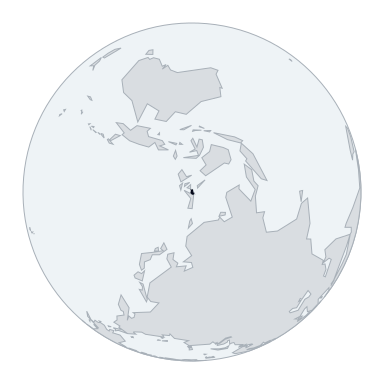 Mindoro Oriental on an orthographic globe, rotated 185°
{"feature_id": "PHL-2571", "entity_name": "Mindoro Oriental", "entity_type": "Province", "adm_level": 1, "iso_a3": "PHL", "parent_name": "Philippines", "parent_adm1": "", "projection": "orthographic", "projection_center": [121.298, 12.875], "detail": "fine", "context": "on_globe", "style": "filled", "palette": "ink", "viewbox_px": 384, "rotation_deg": 185, "n_neighbors": 0, "source": "natural_earth", "source_scale": "10m", "svg_char_len": 9651}
<svg xmlns="http://www.w3.org/2000/svg" viewBox="0 0 384 384"><g transform="rotate(185 192 192)"><circle cx="192" cy="192" r="169" fill="#eef3f6" stroke="#a8b0b8"/><path d="M330.7,256.4L330.5,257.5L330.4,257.7L330.7,256.4ZM285.7,51.4L278.3,47.1L274.2,47.6L278.5,51.6L273.1,48.2L285.1,59.0L286.5,64.1L281.5,56.1L278.3,53.8L277.5,55.8L274.1,53.9L271.7,53.9L267.7,51.6L265.0,47.7L262.4,46.3L262.0,47.9L257.7,47.1L258.7,44.8L251.2,43.2L245.5,37.6L251.5,35.5L244.8,32.3L242.8,30.8L254.0,34.8L264.9,39.6L275.5,45.1L285.7,51.4ZM350.6,142.9L349.3,139.3L350.4,140.8L350.6,142.9ZM348.2,137.8L348.8,138.9L348.3,138.1L348.2,137.8ZM347.8,137.6L348.1,137.7L347.9,138.0L347.8,137.6ZM347.3,137.9L347.5,137.6L347.5,137.8L347.3,137.9ZM346.0,137.1L345.7,136.8L345.7,136.2L346.0,137.1ZM290.6,54.8L290.3,54.6L288.1,53.1L286.7,52.1L289.9,54.3L290.6,54.8ZM282.4,55.2L282.4,54.2L283.6,56.0L282.4,55.2ZM272.1,54.4L273.2,55.4L271.5,55.1L272.1,54.4ZM263.8,51.4L260.7,50.7L263.4,50.6L263.8,51.4ZM258.6,49.9L251.3,49.0L253.1,51.0L243.8,45.3L253.1,47.7L256.1,47.1L256.2,48.5L258.6,49.9ZM242.2,30.7L242.4,30.7L241.4,30.5L237.8,29.4L238.6,29.9L232.4,28.3L230.6,27.6L232.4,28.0L228.7,27.1L229.6,27.3L242.2,30.7ZM239.9,42.5L237.7,41.9L239.5,41.8L239.9,42.5ZM226.6,26.6L221.5,25.6L221.8,25.7L226.6,26.6ZM241.9,31.0L240.5,30.9L235.1,29.5L233.9,29.3L232.2,28.2L241.9,31.0ZM228.4,27.0L227.9,27.0L226.6,26.6L228.4,27.0ZM218.0,25.1L218.8,25.2L219.1,25.3L216.7,24.9L218.0,25.1ZM228.5,27.4L226.6,27.0L228.9,27.8L225.0,27.0L224.6,26.5L223.2,26.4L221.9,26.2L223.0,26.1L228.5,27.4ZM215.5,24.7L216.5,24.8L215.1,24.8L213.3,24.4L210.5,24.1L215.5,24.7ZM219.7,25.5L216.8,25.0L218.2,25.2L220.9,25.6L219.7,25.5ZM222.5,26.8L228.6,28.1L222.5,26.8ZM213.3,24.6L213.8,24.7L212.8,24.5L213.3,24.6ZM219.4,26.0L221.5,26.4L221.3,26.4L219.4,26.0ZM212.9,24.8L212.3,24.6L214.2,24.8L212.9,24.8ZM215.7,25.3L214.9,25.4L215.2,25.0L216.7,25.4L215.7,25.3ZM218.8,26.0L219.4,26.2L217.9,25.9L218.8,26.0ZM206.3,24.4L206.2,23.9L210.3,24.2L209.8,24.6L206.3,24.4ZM51.0,98.8L47.1,106.1L47.3,108.6L56.9,96.2L56.7,91.7L62.1,84.7L66.6,82.8L67.5,87.8L69.7,85.3L73.6,77.5L78.4,74.5L75.5,74.6L73.2,77.6L71.3,78.0L73.2,75.4L74.9,74.3L75.9,72.1L67.8,78.8L64.7,82.6L64.5,81.2L59.3,87.6L57.6,89.6L62.1,83.9L68.5,76.7L77.7,67.5L87.6,59.1L98.1,51.5L95.7,53.6L97.0,53.0L102.3,49.8L100.8,51.3L106.3,47.9L107.7,48.6L110.6,45.1L116.9,42.1L121.3,41.0L123.9,39.5L116.8,41.6L113.4,43.0L109.7,45.2L101.2,49.7L100.9,49.7L111.8,43.3L112.1,43.1L121.4,38.5L135.0,34.7L137.6,35.4L128.2,42.3L123.8,43.4L125.0,41.3L117.9,45.8L121.4,44.2L120.1,45.6L125.8,43.8L125.1,44.8L131.7,41.6L131.5,42.6L127.4,44.6L135.7,43.6L137.1,45.7L139.3,45.0L141.2,43.7L141.8,47.7L143.4,47.1L143.8,45.5L147.2,43.3L153.5,41.3L153.4,42.8L151.1,43.7L146.1,48.2L140.0,50.9L140.6,51.3L145.8,49.4L151.9,43.8L155.7,42.3L153.4,44.7L154.6,43.7L156.4,43.4L158.1,44.6L160.9,42.0L181.5,38.7L186.8,41.4L182.5,43.6L196.7,44.6L201.6,48.7L202.0,47.0L209.1,47.1L207.6,45.8L208.4,45.1L225.9,46.2L229.9,48.0L237.8,47.6L238.0,47.0L235.5,45.5L243.8,45.3L253.1,51.0L252.1,52.2L258.5,55.5L255.5,58.0L256.0,61.9L249.0,63.5L250.0,67.0L252.4,67.9L255.6,73.7L253.7,83.3L244.6,71.2L245.3,58.5L244.1,63.0L241.2,60.9L238.8,62.0L238.2,65.6L240.1,66.7L223.0,68.8L215.3,78.6L223.5,79.3L227.5,83.4L226.0,97.8L206.1,115.4L211.2,123.2L210.7,127.9L204.6,129.9L205.1,123.1L199.9,119.9L201.1,116.1L191.4,117.9L192.8,112.5L184.6,117.0L186.4,121.7L194.5,121.7L186.8,128.6L193.5,137.5L193.0,147.3L177.3,162.8L163.3,166.4L162.2,169.4L157.3,165.2L149.7,170.5L157.9,189.6L157.3,194.7L145.6,203.1L145.5,199.2L132.6,188.0L129.3,200.0L139.1,211.7L142.4,224.3L134.5,219.4L131.3,208.3L126.7,204.0L128.5,193.4L125.9,176.9L118.0,178.7L119.2,172.4L114.4,158.4L103.4,160.6L85.4,174.2L82.0,190.2L76.3,196.1L71.7,171.0L73.8,155.2L69.6,155.5L67.1,140.8L55.3,135.4L56.0,131.1L53.2,131.9L51.8,126.5L53.7,119.8L51.8,119.1L47.4,137.0L49.7,138.0L54.9,133.1L53.0,139.2L54.6,146.1L44.5,157.8L30.8,163.7L33.4,151.6L43.2,116.5L45.0,113.3L45.2,113.0L45.6,112.2L42.5,117.1L45.5,110.7L36.1,133.7L32.8,143.3L30.6,164.3L29.8,165.8L30.3,170.7L36.5,170.2L35.7,174.1L30.4,190.5L25.2,210.6L28.1,228.7L31.6,243.2L32.8,248.7L29.2,237.2L26.4,225.5L24.4,213.6L23.3,201.6L23.1,189.6L23.7,177.6L25.1,165.6L27.4,153.8L30.5,142.2L34.5,130.9L39.2,119.8L44.8,109.1L51.0,98.8ZM107.6,45.6L106.8,46.1L107.6,45.6ZM64.6,100.7L67.8,104.0L73.2,94.7L74.9,95.4L76.2,92.2L73.6,94.0L77.7,85.8L81.5,84.8L84.7,81.4L83.7,80.2L76.0,83.4L70.2,95.0L66.5,97.6L64.6,100.7ZM200.1,23.2L200.4,23.2L197.2,23.1L200.8,23.3L195.8,23.2L196.7,23.4L192.6,23.7L186.0,23.7L187.5,23.9L184.5,24.5L178.9,24.8L181.7,24.3L173.4,25.3L174.0,24.7L173.0,24.9L171.3,24.7L167.4,25.0L168.5,24.8L166.5,25.1L165.3,25.2L163.0,25.6L163.4,25.5L175.6,23.8L187.8,23.1L200.1,23.2ZM204.9,24.5L196.9,24.1L193.2,23.8L201.8,23.5L201.7,23.4L207.0,23.7L212.2,24.3L210.2,24.1L209.5,24.1L208.1,23.9L208.6,24.0L205.9,23.9L205.5,24.0L203.0,23.8L204.9,24.5ZM102.9,48.4L102.9,48.5L101.6,49.3L100.4,50.0L102.9,48.4ZM154.6,29.5L156.8,28.8L157.6,28.8L163.6,27.6L163.7,28.2L160.1,29.1L154.6,29.5ZM55.0,97.7L52.9,99.4L53.8,97.8L54.3,97.5L55.0,97.7ZM56.0,91.8L54.2,94.8L55.3,92.7L56.0,91.8ZM155.7,30.0L158.2,29.3L156.7,30.1L155.7,30.0ZM164.1,28.6L162.9,29.3L164.4,28.1L164.1,28.6ZM103.6,330.8L107.1,333.0L105.4,332.5L103.6,330.8ZM38.0,247.2L44.6,270.8L42.6,269.1L38.8,261.1L34.0,246.2L35.1,243.8L34.8,237.7L38.0,247.2ZM185.2,256.4L190.5,257.6L190.3,258.3L185.2,256.4ZM179.7,253.4L185.7,254.1L178.7,254.9L179.7,253.4ZM188.0,254.4L194.1,253.5L196.7,252.5L196.3,254.0L188.0,254.4ZM175.7,253.0L154.3,250.6L146.0,247.6L147.8,245.1L161.3,247.3L175.7,253.0ZM147.1,244.9L134.6,235.4L118.3,210.0L124.1,211.2L141.3,227.6L140.2,229.9L147.8,237.1L147.1,244.9ZM178.0,233.8L176.9,240.9L164.9,239.1L159.6,237.3L155.9,227.6L157.9,223.1L162.3,223.7L179.8,209.4L185.8,213.9L180.3,220.2L185.2,227.0L178.0,233.8ZM82.4,191.8L84.9,202.2L81.9,203.2L82.4,191.8ZM187.3,198.8L180.0,205.2L186.8,196.4L187.3,198.8ZM191.7,190.4L191.9,194.0L189.2,190.3L191.7,190.4ZM161.6,174.3L156.9,174.6L157.0,172.0L163.0,170.2L161.6,174.3ZM192.5,155.7L191.7,162.9L190.5,165.3L188.8,160.7L192.5,155.7ZM159.8,37.4L151.4,38.1L145.3,39.7L142.0,42.0L143.0,39.3L152.4,36.8L159.8,37.4ZM178.8,38.2L181.7,36.7L182.9,37.6L182.4,38.0L178.8,38.2ZM178.8,37.2L177.8,35.1L181.0,34.4L181.2,36.1L178.8,37.2ZM166.4,31.6L163.9,31.6L165.1,30.9L166.4,31.6ZM290.9,317.9L292.6,318.6L287.7,322.9L281.2,327.4L275.2,329.2L290.9,317.9ZM243.3,330.3L243.0,325.6L250.0,325.2L247.2,329.3L243.3,330.3ZM295.5,314.5L299.8,309.8L301.4,304.4L300.9,309.2L304.4,308.8L294.0,318.1L295.5,314.5ZM217.1,309.7L184.1,317.4L176.7,315.5L178.3,311.5L171.0,298.0L173.4,298.5L171.5,289.5L190.8,282.9L204.5,268.9L215.6,270.5L223.8,260.0L235.3,261.4L232.0,269.9L244.2,276.0L252.1,257.0L259.8,277.8L268.8,285.1L271.6,297.7L256.4,318.3L247.5,322.2L245.7,320.4L242.0,322.4L236.1,321.4L232.6,314.7L228.9,316.7L232.3,311.8L227.1,316.1L224.0,311.7L217.1,309.7ZM299.7,274.6L301.4,275.1L304.2,278.4L301.4,277.9L299.7,274.6ZM326.3,261.1L327.0,262.7L325.2,263.3L326.3,261.1ZM330.4,257.7L328.2,258.7L330.7,256.4L330.4,257.7ZM308.7,262.3L309.6,263.5L308.9,264.0L308.7,262.3ZM308.0,261.9L309.1,259.8L308.9,261.9L308.0,261.9ZM299.6,251.1L300.6,250.0L301.1,250.8L299.6,251.1ZM198.3,258.3L205.5,253.3L209.6,253.1L198.3,258.3ZM298.0,248.8L295.3,248.7L295.6,247.6L298.0,248.8ZM298.2,246.2L297.8,244.7L299.5,248.3L298.2,246.2ZM293.0,242.8L296.3,245.5L292.6,243.1L293.0,242.8ZM291.1,243.2L288.7,242.0L288.9,241.5L291.1,243.2ZM264.7,245.0L273.5,254.5L266.5,254.1L258.6,248.1L252.6,253.3L239.0,251.8L242.0,248.6L240.1,243.4L226.1,240.6L223.3,237.1L228.2,235.1L219.1,231.9L229.1,231.0L233.3,238.1L239.0,233.0L248.9,234.9L258.6,237.6L266.6,243.0L264.7,245.0ZM229.3,246.1L231.0,246.2L229.5,248.2L229.3,246.1ZM284.2,238.1L287.6,241.5L287.2,242.3L285.5,241.8L284.2,238.1ZM268.4,241.9L276.9,236.4L278.9,236.6L273.3,242.9L268.4,241.9ZM274.8,232.7L278.7,233.5L280.9,236.8L280.0,237.7L274.8,232.7ZM208.8,238.4L208.4,240.3L205.8,238.6L208.8,238.4ZM212.1,237.5L219.9,240.1L211.4,239.1L212.1,237.5ZM188.7,229.0L190.9,233.7L198.0,231.4L192.6,235.1L197.5,243.0L195.9,245.6L191.0,237.2L189.5,245.3L186.3,244.9L184.5,237.6L187.7,229.2L190.8,225.9L203.6,225.5L188.7,229.0ZM212.0,232.0L210.0,226.5L211.5,223.1L213.7,226.1L212.0,232.0ZM204.0,213.4L198.8,206.8L193.8,208.7L203.9,201.1L207.3,208.6L204.0,213.4ZM199.8,199.6L195.1,201.3L200.0,196.8L199.8,199.6ZM194.0,199.2L193.7,194.9L197.3,195.8L194.0,199.2ZM202.2,200.0L203.3,192.9L205.0,197.3L202.2,200.0ZM192.6,185.4L200.0,193.0L190.1,189.1L190.4,175.4L194.7,175.5L192.6,185.4ZM220.9,134.0L220.2,130.3L224.3,129.9L223.6,132.5L220.9,134.0ZM236.9,126.3L225.1,128.6L215.6,131.0L218.3,132.9L215.6,138.9L211.9,132.7L219.0,126.6L226.1,126.0L227.7,121.0L233.3,118.2L232.9,112.0L235.5,109.7L238.1,115.3L236.9,126.3ZM232.4,109.4L233.8,99.1L241.2,101.4L242.5,104.1L238.8,107.8L235.1,106.3L232.4,109.4ZM236.2,97.4L232.7,96.0L227.2,81.0L227.8,78.6L236.0,90.4L233.0,89.9L233.1,93.4L236.2,97.4ZM238.1,42.7L237.8,42.0L239.4,42.8L238.1,42.7ZM207.4,44.4L208.7,43.6L210.5,44.4L207.4,44.4ZM213.1,41.9L210.2,41.5L213.4,41.3L213.1,41.9ZM203.5,41.0L209.0,41.1L203.6,41.9L203.5,41.0Z" fill="#d9dde1" stroke="#a8b0b8" stroke-width="1"/><path d="M190.8,190.1L191.0,190.1L191.1,190.3L191.3,190.4L191.5,190.4L191.5,190.5L191.5,190.4L191.8,190.4L192.1,190.7L192.2,190.9L192.3,190.9L192.4,191.0L192.5,191.2L192.7,191.3L192.6,191.5L192.6,191.8L192.5,192.0L192.5,192.3L192.6,192.5L192.7,192.8L192.6,193.0L192.4,193.0L192.3,193.3L192.4,193.5L192.2,193.5L192.3,193.6L192.2,193.6L192.3,193.7L192.2,193.7L191.9,193.8L191.9,191.5L191.7,191.4L190.5,190.9L190.8,190.4L190.8,190.2L190.8,190.1Z" fill="#0f172a" stroke="#020617" stroke-width="1.5"/></g></svg>